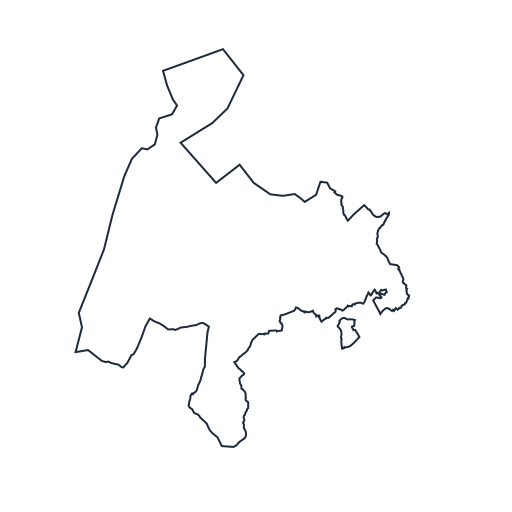 outline of Egbeda, Oyo, Nigeria, rotated 194°
{"feature_id": "59680162B66692684641238", "entity_name": "Egbeda", "entity_type": "district", "adm_level": 2, "iso_a3": "NGA", "parent_name": "Nigeria", "parent_adm1": "Oyo", "projection": "equal_earth", "projection_center": [3.978, 7.391], "detail": "fine", "context": "isolated", "style": "outline", "palette": "slate", "viewbox_px": 512, "rotation_deg": 194, "n_neighbors": 0, "source": "geoboundaries", "source_scale": "gbopen_adm2", "svg_char_len": 6123}
<svg xmlns="http://www.w3.org/2000/svg" viewBox="0 0 512 512"><g transform="rotate(194 256 256)"><path d="M405.2,260.9L405.1,225.7L409.2,194.5L414.2,157.9L407.6,144.8L407.8,119.1L396.2,124.1L379.7,116.7L378.0,116.9L376.6,116.7L375.2,117.1L374.0,117.8L369.7,117.1L362.9,117.3L361.0,116.3L359.5,115.7L357.9,115.7L354.9,121.4L352.9,129.6L351.0,131.2L349.2,137.3L347.3,149.7L346.3,160.6L343.9,169.6L341.6,169.0L340.3,168.4L337.0,167.7L333.0,167.2L327.7,165.4L323.8,163.6L322.5,163.7L318.6,165.0L316.9,164.6L314.2,166.2L312.7,167.7L311.2,168.6L305.7,170.6L302.8,172.2L297.2,174.6L294.2,177.0L292.3,177.9L290.8,178.1L287.4,177.1L284.6,176.0L284.6,170.2L280.6,143.5L278.8,136.2L279.6,133.9L279.7,126.5L280.0,124.7L279.7,122.7L280.5,118.2L280.9,116.6L280.9,113.6L281.1,112.7L281.0,111.9L281.3,110.5L282.1,109.2L283.0,108.2L283.7,107.8L283.8,106.6L285.0,106.8L285.8,104.3L285.2,101.7L285.5,98.9L285.2,94.5L284.5,93.6L283.2,92.7L281.1,92.0L279.5,90.4L278.3,88.9L277.2,88.6L274.0,88.1L272.3,87.1L271.8,86.5L270.5,85.4L269.3,84.9L263.2,81.4L260.9,78.3L258.8,75.9L255.8,73.7L249.4,70.7L243.2,63.3L231.6,65.3L229.1,67.7L227.3,71.4L222.9,76.5L222.3,79.2L222.8,81.5L223.9,83.9L224.8,84.6L226.1,86.3L226.8,88.5L226.9,89.6L228.4,91.4L227.7,93.0L227.5,94.0L228.8,95.9L229.1,97.7L229.0,98.3L228.3,99.7L228.3,101.7L227.6,103.5L227.7,105.1L226.8,106.6L228.2,112.1L228.7,112.6L230.3,113.0L231.1,113.6L231.5,114.7L231.5,115.9L231.9,116.4L232.7,119.8L233.6,121.2L234.3,121.8L236.7,123.4L236.8,123.2L237.7,123.6L238.1,124.1L238.9,126.5L239.3,127.1L240.8,128.6L241.2,130.0L242.1,131.6L242.4,133.3L240.7,136.4L239.7,137.4L239.2,138.1L239.0,139.1L241.0,140.6L242.7,141.2L243.5,142.0L245.6,142.8L246.9,143.8L249.9,146.5L251.2,147.5L251.4,147.9L249.7,148.9L248.7,150.5L247.7,153.9L246.5,155.0L244.9,157.5L242.9,159.8L241.3,162.5L241.1,164.2L239.8,167.3L239.8,170.1L239.2,173.5L235.3,179.9L234.3,181.2L231.3,181.6L230.4,182.0L228.8,182.0L228.8,182.8L225.3,183.8L225.2,186.4L224.3,186.9L218.5,188.6L218.0,188.5L217.5,187.9L217.2,188.3L214.6,189.2L213.0,190.0L213.3,194.2L213.5,195.0L213.8,195.5L214.6,195.9L214.8,196.8L216.0,197.0L216.6,198.1L217.0,198.2L217.4,198.7L217.2,200.3L217.5,200.9L217.3,201.4L217.3,202.0L217.8,202.4L217.7,204.3L213.6,206.5L205.6,212.2L205.1,214.2L204.9,214.2L204.7,215.6L204.3,215.5L203.9,215.8L203.1,215.8L202.5,215.5L201.5,215.2L201.1,214.9L198.3,213.7L196.5,213.8L195.3,212.9L195.2,212.9L194.8,214.1L193.5,213.9L191.2,214.2L189.5,215.1L187.6,216.7L187.2,216.4L186.9,215.5L185.5,214.2L183.3,213.5L183.0,211.9L180.4,213.6L179.9,213.1L179.9,211.5L179.2,211.2L177.9,209.4L176.5,208.1L174.0,211.6L173.1,211.9L173.1,212.9L170.7,213.6L167.5,218.0L166.8,219.4L165.8,220.4L165.3,221.3L166.0,223.7L165.4,224.1L165.1,224.7L163.1,224.8L162.8,224.5L161.6,224.7L158.8,223.9L158.3,224.7L157.8,224.9L156.9,226.5L155.3,228.9L154.9,230.0L154.1,229.4L152.6,230.4L150.9,230.3L150.6,232.5L148.4,232.8L148.5,233.8L144.5,235.7L143.3,236.0L140.6,235.6L140.0,236.6L139.4,239.0L139.1,242.4L138.8,243.4L138.9,244.0L138.4,245.2L138.1,247.8L137.1,247.2L135.5,245.6L135.0,245.5L134.7,246.1L134.1,248.7L132.8,252.1L132.3,251.8L130.0,249.0L129.3,249.8L127.8,248.9L126.5,253.3L125.6,253.1L124.9,253.3L121.9,254.9L121.6,254.3L120.4,252.5L121.4,251.5L122.0,249.3L125.2,249.8L126.2,247.5L125.6,247.1L124.4,246.5L124.3,245.8L125.2,245.1L125.9,245.0L129.3,244.9L130.4,243.4L131.5,241.2L122.4,231.2L121.4,229.8L120.3,232.5L119.4,234.1L117.4,236.7L116.3,237.2L115.4,236.9L114.5,237.2L113.7,236.7L112.7,236.6L112.3,236.1L110.6,235.5L110.0,236.9L108.7,236.2L108.2,238.3L107.8,239.3L105.5,238.1L104.5,240.2L104.1,239.9L102.8,241.0L102.5,242.1L102.7,242.5L101.9,243.8L100.1,244.9L99.9,246.4L99.0,247.0L98.4,251.9L97.8,251.8L97.8,252.8L97.9,254.8L99.6,255.2L100.5,256.0L101.3,258.3L101.8,258.7L101.5,260.7L102.5,261.1L102.8,261.6L102.9,262.3L102.8,263.3L103.2,264.1L104.8,264.5L106.0,265.5L106.6,265.5L107.1,265.9L107.5,267.2L107.3,268.9L107.7,269.8L108.9,271.4L109.9,272.4L110.7,273.8L111.7,274.4L112.4,275.8L113.2,276.3L113.7,277.0L113.7,277.7L114.2,277.7L114.5,277.4L114.8,277.6L114.9,277.9L114.5,279.9L116.9,281.2L123.9,280.6L126.7,283.7L128.1,286.0L129.0,286.5L129.5,287.1L131.0,287.7L132.1,288.5L134.7,289.3L135.4,289.8L137.6,292.7L140.9,296.4L141.9,297.1L141.9,298.5L142.2,300.1L142.8,301.5L142.8,302.5L142.5,303.6L142.6,304.8L143.7,307.1L143.7,309.7L143.5,310.2L143.6,311.1L143.1,312.7L142.9,313.1L142.4,313.2L142.1,314.3L141.2,316.2L140.9,316.6L140.6,316.6L140.1,317.1L140.0,317.7L139.9,317.9L139.6,320.0L139.1,321.1L139.2,322.2L138.7,323.0L138.5,324.5L137.2,327.6L137.2,328.6L137.4,330.0L138.7,328.2L140.6,328.9L141.5,328.7L141.9,328.1L142.6,327.7L142.8,327.0L143.4,326.5L144.3,324.9L145.9,323.8L146.6,323.7L147.2,323.2L147.8,323.0L149.4,323.1L149.6,323.4L150.6,323.5L151.1,323.9L152.1,324.2L153.0,324.8L153.3,325.3L153.8,325.6L154.9,327.0L156.0,327.4L156.8,328.4L157.1,328.6L158.0,328.4L158.9,328.6L160.3,329.7L163.3,331.5L170.7,320.9L175.4,312.5L177.2,314.2L179.3,316.8L180.0,316.9L180.5,317.2L181.6,318.9L182.0,319.9L182.1,321.0L183.2,322.8L183.4,324.1L183.7,324.8L185.0,325.8L185.7,326.6L185.7,328.1L186.4,328.9L186.9,331.6L186.3,333.7L186.6,334.6L187.3,334.5L188.5,335.1L191.7,334.9L195.2,336.6L194.8,337.9L200.6,339.7L204.7,344.4L211.4,343.6L212.5,329.9L221.8,320.3L226.5,322.7L233.4,325.5L244.4,320.9L257.0,319.3L275.9,326.4L294.0,340.6L312.4,317.3L356.6,347.7L330.6,374.4L319.4,392.2L311.9,428.4L338.1,448.7L391.0,413.2L383.7,400.2L374.5,387.7L369.0,382.9L371.8,373.1L383.2,366.1L384.1,356.4L381.0,349.8L381.2,339.8L387.1,333.2L392.9,332.9L399.9,320.3L403.1,301.6L405.2,260.9ZM140.3,194.9L136.1,202.4L137.7,204.2L142.0,208.3L143.5,207.6L144.1,208.6L145.7,210.0L145.6,211.0L143.8,212.0L144.2,214.9L144.6,215.2L144.6,217.8L147.5,217.8L152.1,216.6L155.4,217.3L157.3,216.4L159.1,213.9L159.4,213.2L158.9,212.5L158.7,211.9L159.1,211.1L159.1,210.3L159.9,207.9L159.4,207.1L158.8,206.9L156.3,205.2L156.2,204.8L155.5,204.2L155.3,203.7L155.0,203.5L154.0,200.2L153.8,197.0L152.8,196.3L152.8,194.4L151.7,191.1L150.4,187.6L149.9,186.9L148.5,188.6L148.3,188.0L147.1,188.9L144.0,190.5L142.4,192.0L140.3,194.9Z" fill="none" stroke="#1e293b" stroke-width="2"/></g></svg>